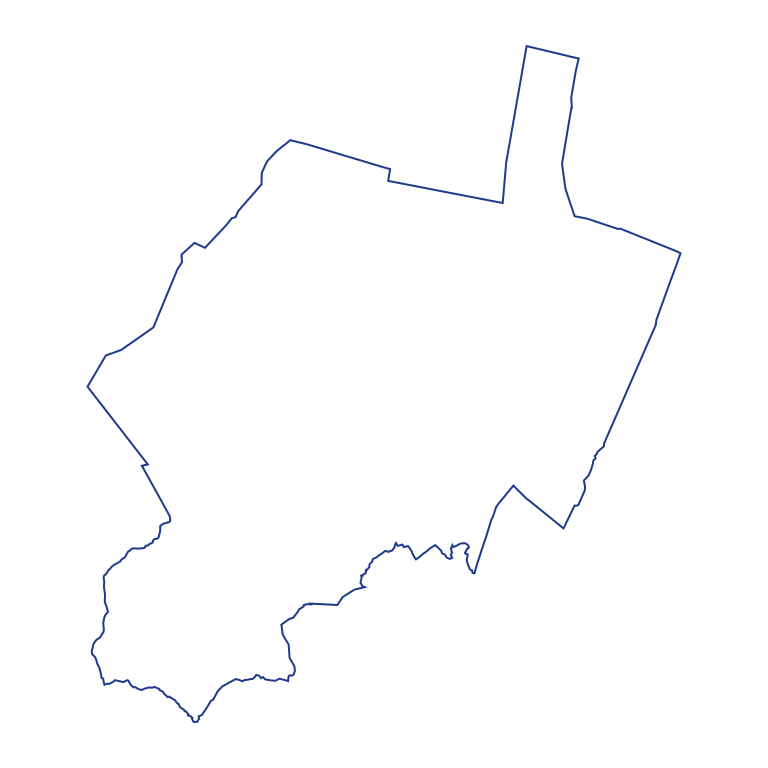 Texcaltitlán, México, Mexico
{"feature_id": "50627088B83838982860206", "entity_name": "Texcaltitlán", "entity_type": "district", "adm_level": 2, "iso_a3": "MEX", "parent_name": "Mexico", "parent_adm1": "México", "projection": "robinson", "projection_center": [-99.939, 18.941], "detail": "fine", "context": "isolated", "style": "outline", "palette": "blue", "viewbox_px": 768, "rotation_deg": 0, "n_neighbors": 0, "source": "geoboundaries", "source_scale": "gbopen_adm2", "svg_char_len": 6062}
<svg xmlns="http://www.w3.org/2000/svg" viewBox="0 0 768 768"><path d="M563.5,528.4L574.6,505.6L575.8,505.8L578.3,505.1L584.6,490.9L585.1,487.5L584.6,484.3L583.9,480.5L588.4,475.7L588.8,475.0L591.1,469.7L592.9,463.6L593.5,460.2L594.2,459.6L595.3,458.7L595.5,457.9L595.3,457.3L594.7,456.1L596.8,453.9L597.3,452.1L599.5,450.1L601.5,448.4L604.0,446.2L604.0,443.7L604.6,442.3L606.7,437.5L608.1,434.3L613.1,422.9L618.9,409.6L631.2,381.3L643.5,353.1L655.8,324.9L656.3,320.2L668.3,286.8L677.1,263.0L680.5,253.3L676.9,251.4L663.5,246.0L640.8,236.9L620.2,228.6L618.1,229.0L601.9,223.6L587.3,218.7L574.6,216.2L565.4,188.6L562.0,163.8L566.7,135.7L571.4,107.7L571.9,107.8L571.2,97.8L575.9,70.4L578.7,58.5L571.3,56.8L549.6,51.6L526.6,46.1L521.7,74.3L516.1,106.2L509.2,145.5L508.0,152.2L506.2,162.4L502.7,203.0L488.1,200.2L473.6,197.4L459.0,194.6L444.5,191.8L440.8,191.1L419.8,187.0L402.2,183.6L388.2,180.9L390.1,169.1L381.2,166.6L359.9,160.2L342.1,154.9L324.4,149.5L306.6,144.2L290.3,140.2L276.6,151.2L267.5,160.9L265.8,164.0L261.8,172.9L261.5,184.4L250.5,197.0L238.3,211.0L235.5,217.2L231.9,218.2L225.9,225.6L215.4,236.7L205.0,247.8L194.5,242.9L181.5,254.6L182.0,262.2L177.4,269.4L165.4,298.4L153.4,327.4L137.4,338.6L121.3,349.9L105.8,355.5L95.6,372.9L87.5,386.7L103.9,407.8L118.5,426.6L133.1,445.5L147.8,464.4L141.9,465.8L155.8,490.8L169.7,516.1L170.0,517.8L170.2,519.8L170.1,520.4L169.9,521.4L169.0,522.3L167.9,522.4L166.2,523.0L163.7,523.6L161.8,524.8L161.0,525.4L160.2,526.0L160.2,529.8L159.9,532.6L159.1,535.0L158.8,536.7L157.9,538.3L157.0,538.7L155.8,538.8L154.9,538.9L153.6,539.8L152.9,541.0L153.0,541.8L152.1,542.9L151.2,543.4L150.1,543.7L149.3,544.2L148.6,544.9L147.8,545.6L146.9,545.6L146.3,545.6L145.4,546.2L144.5,547.9L143.0,548.1L140.9,548.4L139.3,548.6L136.3,548.5L133.1,548.4L131.8,548.8L130.8,549.5L130.5,550.3L129.8,550.7L129.3,550.8L128.2,551.6L126.9,553.5L125.8,555.9L124.4,557.8L122.6,558.7L121.1,560.1L120.2,561.5L119.1,562.1L117.9,562.8L116.5,563.5L115.0,564.3L112.3,566.2L109.4,569.4L108.8,570.0L107.8,571.0L107.3,572.2L106.4,573.5L105.0,575.0L104.3,575.4L103.9,576.2L103.7,577.5L103.8,579.1L104.1,580.5L104.2,582.8L104.1,583.8L103.9,585.7L104.0,587.7L104.2,589.0L104.5,590.8L104.8,593.3L105.0,594.3L104.8,601.5L104.9,602.3L105.0,602.8L106.5,606.5L106.9,608.2L107.2,609.2L107.9,611.5L107.4,612.7L106.5,613.7L105.6,614.5L104.8,616.3L104.2,617.8L103.9,619.6L103.5,621.2L103.4,622.2L103.3,623.5L103.4,624.9L103.6,627.3L103.9,628.6L103.8,629.7L103.7,630.8L103.3,632.4L102.5,633.6L101.9,634.3L100.9,636.0L100.1,637.4L99.0,638.3L97.6,639.0L96.2,640.1L94.3,642.6L93.5,644.0L93.0,645.5L92.7,647.7L92.1,649.5L91.8,651.0L91.9,653.7L92.9,654.9L94.9,656.9L95.9,659.0L96.4,660.2L96.7,661.8L97.2,663.7L98.0,665.2L98.8,666.4L99.7,668.8L99.9,670.3L100.3,671.0L101.1,674.8L101.2,675.6L101.3,675.9L101.4,677.5L101.8,678.1L103.2,678.5L103.3,679.5L103.7,681.9L104.1,683.7L104.5,684.8L106.7,683.8L109.1,683.8L111.0,683.0L113.0,681.9L115.0,680.2L123.4,682.1L127.1,680.2L128.4,680.6L130.6,684.7L133.4,687.3L135.2,687.1L137.3,688.4L138.4,689.1L141.8,690.0L144.3,688.7L149.4,687.4L152.0,687.8L154.5,686.9L157.7,688.3L159.3,688.9L159.4,689.6L160.3,690.6L162.4,691.3L164.6,694.2L167.8,697.1L168.9,696.6L171.7,698.2L174.9,700.2L177.3,703.5L178.4,703.8L179.0,704.8L179.9,707.0L180.8,707.7L182.0,708.5L183.1,709.3L184.1,710.0L184.5,710.2L184.7,711.2L186.2,711.6L187.1,712.8L187.5,713.5L188.4,714.1L188.1,714.6L188.0,715.5L189.7,715.9L191.3,716.7L192.3,717.8L191.8,718.2L192.4,719.6L193.6,721.9L197.2,721.9L198.5,719.6L199.1,718.9L198.8,716.3L201.9,715.0L207.9,706.0L210.8,700.9L213.2,699.6L217.6,691.4L222.6,686.1L223.6,685.6L224.9,685.0L229.8,682.2L233.5,680.3L235.4,679.2L237.8,679.5L239.6,680.1L242.4,681.3L244.6,680.0L247.9,679.7L250.1,679.1L252.5,679.0L255.5,676.2L256.1,675.0L258.3,675.3L259.7,676.3L261.0,678.1L263.0,677.1L265.3,679.4L270.9,680.4L275.2,680.8L279.5,678.7L283.5,679.7L288.1,681.1L288.3,678.2L288.8,676.0L289.6,675.4L291.8,675.6L292.8,675.4L293.5,674.6L294.9,671.0L294.5,666.7L293.3,664.2L289.6,658.0L288.6,644.3L285.5,639.5L282.7,634.4L281.4,624.6L289.4,618.9L293.0,617.9L297.5,612.3L298.9,609.5L303.7,606.4L303.6,605.1L306.8,604.2L310.6,604.4L310.9,604.4L310.4,603.6L337.3,605.0L342.7,597.0L354.3,589.7L364.7,587.1L362.4,586.1L360.5,582.8L360.9,580.8L361.5,578.5L361.5,577.1L361.2,575.7L362.7,575.7L362.7,574.8L364.7,573.9L365.3,572.9L365.8,572.7L366.1,572.1L365.9,571.3L365.7,570.7L366.1,569.7L367.2,569.7L369.4,566.9L369.4,564.9L369.9,563.9L370.3,563.3L371.4,562.4L372.1,561.6L372.4,561.1L372.5,559.9L372.7,559.5L373.5,558.6L375.0,558.2L377.1,556.9L379.2,555.1L381.7,553.7L383.2,552.5L384.4,551.4L385.4,551.0L386.6,551.3L387.4,551.5L388.6,551.9L389.5,551.4L390.3,551.0L391.9,550.7L392.4,550.1L393.4,548.7L394.2,548.0L394.7,546.7L394.8,545.3L395.5,543.9L396.0,543.0L396.3,543.5L397.1,544.9L397.8,545.9L402.3,544.6L403.8,547.0L404.7,546.9L406.7,546.4L407.9,546.1L409.8,548.2L411.2,550.6L411.9,551.8L412.3,553.3L415.0,558.2L416.0,559.4L418.0,558.0L419.6,556.8L422.4,554.5L423.8,553.3L425.3,552.3L425.5,552.2L427.1,550.9L429.4,549.0L429.6,548.8L430.9,547.8L435.2,545.1L436.4,546.3L437.5,547.1L438.6,548.1L439.4,549.1L441.0,550.3L441.5,551.9L442.4,553.6L444.5,554.3L445.9,556.2L446.4,557.3L447.6,557.9L449.9,559.0L451.6,558.0L452.2,557.8L450.8,554.9L451.3,554.2L452.1,552.6L451.6,551.7L451.0,548.7L452.4,545.3L453.1,547.0L455.3,546.3L456.8,545.6L459.9,543.8L461.6,543.4L464.6,543.2L465.0,543.2L467.6,544.7L467.8,544.9L468.2,545.6L468.6,546.5L468.8,547.3L468.5,548.0L468.3,548.0L467.7,548.4L467.3,548.6L466.9,549.0L466.7,549.5L466.4,550.2L466.1,550.6L466.0,551.1L465.9,551.6L465.5,552.0L465.2,552.2L465.0,552.7L465.1,553.2L465.3,553.5L465.6,553.8L465.9,553.7L466.6,554.0L467.0,554.1L467.6,554.5L467.8,554.7L467.6,555.3L466.7,560.0L467.9,564.6L469.9,569.4L472.1,570.5L472.6,573.0L474.5,573.3L477.3,563.2L478.8,558.8L480.4,554.0L482.2,548.1L482.7,547.1L483.2,545.3L483.9,543.0L485.5,538.7L491.4,519.6L492.9,516.8L496.2,507.1L497.0,505.9L497.8,504.5L513.4,485.6L526.7,498.9L528.8,500.3L541.9,510.9L563.5,528.4Z" fill="none" stroke="#1e3a8a" stroke-width="2"/></svg>